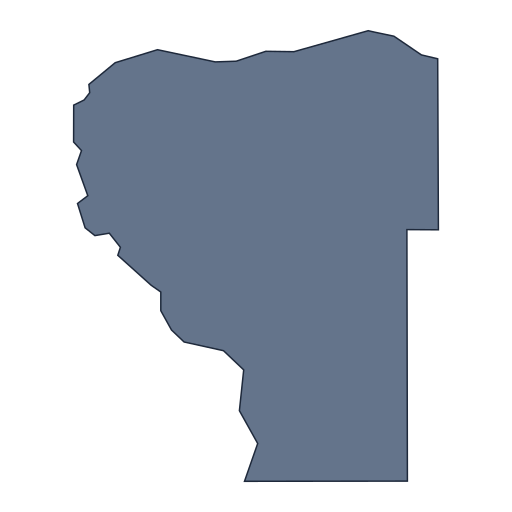 Hood River, Oregon, United States of America (Natural Earth projection)
{"feature_id": "52423323B12967168395878", "entity_name": "Hood River", "entity_type": "district", "adm_level": 2, "iso_a3": "USA", "parent_name": "United States of America", "parent_adm1": "Oregon", "projection": "natural_earth1", "projection_center": [-121.734, 45.492], "detail": "fine", "context": "isolated", "style": "filled", "palette": "slate", "viewbox_px": 512, "rotation_deg": 0, "n_neighbors": 0, "source": "geoboundaries", "source_scale": "gbopen_adm2", "svg_char_len": 586}
<svg xmlns="http://www.w3.org/2000/svg" viewBox="0 0 512 512"><path d="M437.7,58.8L421.4,54.9L393.9,36.2L376.3,32.5L375.3,32.3L368.2,30.7L293.9,51.7L265.8,51.3L236.2,61.2L215.2,61.9L157.5,49.7L115.2,62.7L88.9,84.4L89.7,92.7L84.1,100.0L73.7,105.1L73.6,142.0L81.5,150.6L76.6,164.6L87.8,195.7L77.5,203.5L85.1,227.8L94.9,235.6L109.3,233.2L120.4,247.3L117.8,255.3L151.2,285.3L160.8,292.0L160.8,310.7L171.5,330.0L184.1,342.0L223.5,350.7L243.7,369.9L239.4,410.7L257.7,443.5L244.5,481.3L407.4,481.1L406.9,229.6L438.4,229.8L437.7,58.8Z" fill="#64748b" stroke="#1e293b" stroke-width="1.5"/></svg>